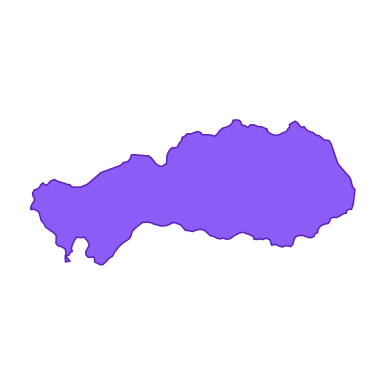 outline of Bela Vista do Toldo, Santa Catarina, Brazil, rotated 83°
{"feature_id": "56859067B62189551957351", "entity_name": "Bela Vista do Toldo", "entity_type": "district", "adm_level": 2, "iso_a3": "BRA", "parent_name": "Brazil", "parent_adm1": "Santa Catarina", "projection": "albers", "projection_center": [-50.481, -26.437], "detail": "fine", "context": "isolated", "style": "filled", "palette": "violet", "viewbox_px": 384, "rotation_deg": 83, "n_neighbors": 0, "source": "geoboundaries", "source_scale": "gbopen_adm2", "svg_char_len": 3619}
<svg xmlns="http://www.w3.org/2000/svg" viewBox="0 0 384 384"><g transform="rotate(83 192 192)"><path d="M240.5,325.6L239.8,322.2L237.2,320.0L236.1,317.9L233.6,318.7L231.5,317.9L229.0,316.7L227.0,315.4L224.8,313.7L222.7,311.9L223.8,308.0L223.7,304.6L226.7,302.4L229.1,301.3L231.5,300.3L235.7,302.7L238.0,304.6L241.3,305.0L243.7,303.5L244.6,301.1L244.3,297.7L247.0,296.8L249.7,297.0L251.3,294.4L252.9,292.1L253.3,289.5L251.4,287.0L249.7,284.6L247.4,281.9L245.9,278.5L243.3,277.0L241.2,275.1L239.4,273.2L237.3,271.1L235.8,269.0L233.8,266.1L232.3,263.0L230.7,259.9L228.1,257.7L225.3,257.0L223.0,255.2L221.2,253.0L219.6,250.5L217.5,247.2L216.1,244.2L216.7,239.7L217.2,237.0L218.5,234.9L219.6,232.9L220.4,230.5L221.8,227.5L222.1,225.1L222.3,222.0L221.4,218.3L220.4,215.9L220.2,212.9L222.0,209.8L223.3,207.1L226.4,205.2L229.3,203.2L229.9,200.2L231.3,196.5L230.2,191.4L230.1,188.3L231.3,184.6L235.0,181.3L237.7,179.0L238.9,175.6L240.6,173.4L242.0,170.0L241.5,166.6L243.1,163.8L243.1,160.3L242.0,158.0L240.8,156.0L239.8,153.6L238.6,150.1L238.0,146.7L239.8,143.3L241.5,139.6L243.7,136.5L246.4,136.2L247.1,133.4L246.8,130.0L247.8,127.9L247.0,124.3L247.9,122.2L249.5,120.1L252.5,120.0L254.6,119.3L254.1,116.7L254.8,114.4L256.6,111.4L257.6,109.1L257.0,106.7L256.9,104.1L258.2,100.7L256.1,98.2L252.6,96.9L249.2,94.8L248.3,91.5L248.6,87.5L250.0,84.4L251.4,82.1L251.9,79.0L250.9,76.3L248.7,75.3L247.6,72.2L244.9,71.6L242.8,70.1L241.3,68.1L240.1,65.1L239.9,60.8L237.7,58.8L235.2,57.8L234.3,54.9L235.0,51.8L233.7,48.0L231.9,44.4L231.9,41.6L229.4,40.7L228.2,38.0L228.7,35.8L223.7,33.4L209.2,29.9L206.6,31.9L203.7,32.4L201.4,32.6L198.3,33.0L196.1,34.1L193.7,35.7L191.1,37.5L188.5,39.2L186.5,40.6L183.9,42.3L181.4,43.8L178.6,44.4L175.4,45.1L173.1,45.6L170.2,46.1L166.1,47.0L163.8,47.5L161.1,48.0L157.5,49.8L156.9,53.2L155.8,55.2L153.9,56.6L151.8,58.7L150.6,62.0L147.6,64.8L146.1,68.5L144.1,70.8L140.7,72.9L141.4,75.6L138.3,77.6L136.5,78.6L134.3,80.8L135.4,83.8L136.9,87.0L139.4,87.2L140.9,89.0L142.8,90.3L143.8,92.5L144.7,95.7L145.9,98.9L146.0,101.5L145.2,104.2L143.7,107.0L141.2,109.6L138.7,109.8L137.2,112.5L135.8,114.9L135.0,118.7L132.9,122.3L132.5,126.0L134.8,128.9L132.4,131.6L131.8,134.3L128.5,135.1L126.7,136.2L125.8,139.1L125.8,142.4L128.5,143.8L130.1,145.5L131.3,148.3L132.1,151.5L132.4,154.0L134.9,157.5L137.7,160.1L139.4,162.7L138.4,164.6L137.3,168.3L136.8,172.5L136.0,175.1L133.6,176.6L132.6,179.4L133.3,182.5L134.2,185.9L133.6,189.7L135.7,192.3L136.6,195.2L139.6,196.0L142.1,198.8L145.6,200.9L146.1,203.7L145.6,206.0L146.8,208.3L148.9,210.1L151.3,211.7L154.2,212.8L157.6,213.2L160.8,213.9L161.4,216.1L163.1,218.1L162.1,221.2L159.9,224.1L158.1,225.2L155.7,226.7L153.2,228.2L150.7,230.8L150.4,234.6L149.5,236.9L149.2,239.7L148.0,244.1L147.8,247.8L150.5,248.6L152.3,250.2L153.8,251.8L154.2,254.0L154.6,257.0L156.8,259.3L160.0,273.0L161.7,280.1L170.3,292.9L171.7,295.2L172.5,298.2L173.5,301.5L173.3,304.8L173.0,307.2L172.3,310.5L169.8,312.6L169.0,315.6L167.7,317.4L167.2,319.6L165.9,321.5L165.1,324.0L162.8,327.0L163.9,331.3L166.1,333.4L167.5,335.2L166.5,337.4L164.8,338.9L166.8,341.6L168.6,342.6L170.3,345.3L170.5,348.0L173.5,350.3L177.0,350.3L179.0,348.9L182.0,350.0L184.8,352.5L187.5,353.9L189.8,354.1L189.8,351.8L190.7,349.5L192.3,347.5L194.6,346.0L196.9,345.9L199.1,345.5L201.5,345.3L203.7,344.0L205.3,342.8L207.6,342.2L209.7,341.0L211.0,339.3L213.3,337.0L215.6,334.2L218.9,332.0L221.7,332.6L223.9,332.8L226.4,333.3L229.0,331.5L230.3,328.6L232.1,325.9L233.9,324.6L237.4,324.6L240.5,325.6ZM240.5,325.6L242.7,325.9L246.0,326.1L245.7,321.6L242.5,323.6L240.5,325.6Z" fill="#8b5cf6" stroke="#5b21b6" stroke-width="1.5"/></g></svg>